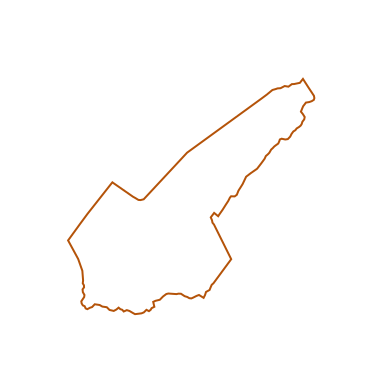 Angicos, Rio Grande do Norte, Brazil, rotated 306°
{"feature_id": "56859067B90087900248405", "entity_name": "Angicos", "entity_type": "district", "adm_level": 2, "iso_a3": "BRA", "parent_name": "Brazil", "parent_adm1": "Rio Grande do Norte", "projection": "orthographic", "projection_center": [-36.539, -5.642], "detail": "fine", "context": "isolated", "style": "outline", "palette": "amber", "viewbox_px": 384, "rotation_deg": 306, "n_neighbors": 0, "source": "geoboundaries", "source_scale": "gbopen_adm2", "svg_char_len": 1905}
<svg xmlns="http://www.w3.org/2000/svg" viewBox="0 0 384 384"><g transform="rotate(306 192 192)"><path d="M80.0,120.2L70.9,139.3L63.8,149.6L56.4,155.9L53.9,157.3L53.0,159.4L51.4,160.7L48.9,160.7L46.8,162.6L45.5,165.5L43.6,166.5L38.5,166.7L37.0,168.2L36.1,170.3L36.5,172.3L35.3,174.4L35.7,176.2L38.4,177.5L40.2,178.8L44.0,179.3L46.3,183.7L46.6,186.8L48.7,190.8L48.1,194.6L49.8,198.6L52.5,199.9L55.3,200.6L55.1,202.9L55.7,204.8L55.2,207.0L58.1,208.7L59.0,211.3L59.4,215.5L59.7,217.7L62.1,220.3L64.2,222.5L66.3,223.8L69.9,224.4L70.3,227.2L72.3,227.8L74.3,227.6L77.0,229.0L80.3,225.2L82.5,226.4L85.9,229.3L90.5,230.0L94.4,231.2L96.0,232.6L100.3,239.5L101.8,240.8L103.2,242.9L103.4,247.3L104.3,249.9L104.5,252.2L105.5,254.0L107.2,255.0L110.7,256.8L112.8,258.2L113.2,263.6L116.3,263.1L119.4,262.1L123.1,263.8L125.4,263.2L128.5,262.5L130.8,263.0L160.7,263.2L178.6,228.9L179.2,226.6L180.9,224.8L182.5,222.1L188.1,222.2L187.8,227.4L190.0,227.3L195.6,227.2L201.8,226.8L206.0,226.6L209.7,226.0L211.5,226.1L213.5,229.1L216.1,229.9L220.4,228.8L225.4,228.5L228.2,228.3L236.2,226.8L241.9,228.5L249.1,231.0L256.5,231.2L261.6,231.2L264.5,230.6L267.0,231.2L269.2,231.5L272.9,231.1L274.7,231.5L277.2,231.8L279.5,232.5L281.9,233.3L284.3,232.8L286.1,232.2L287.8,233.2L289.3,236.6L291.1,238.4L294.5,238.9L297.4,238.4L300.5,238.4L302.8,239.3L304.9,239.3L307.6,240.4L309.6,240.9L311.4,240.8L313.8,240.0L316.7,240.1L318.9,239.1L320.2,235.9L321.0,232.9L325.0,231.9L326.8,231.5L329.3,231.6L331.3,231.6L333.7,234.0L335.9,235.5L338.2,236.4L339.9,235.8L341.5,234.1L345.0,224.8L348.7,215.3L343.7,215.1L341.4,213.0L339.2,211.0L338.0,209.4L333.9,208.1L332.2,204.7L328.0,202.6L326.1,200.3L324.6,199.3L321.8,197.1L314.5,195.2L308.1,193.2L220.9,164.9L206.8,163.2L157.7,157.2L155.2,155.1L154.1,153.3L153.8,149.5L153.5,147.1L153.0,121.9L148.5,121.7L113.0,120.3L100.7,120.2L80.0,120.2Z" fill="none" stroke="#b45309" stroke-width="2"/></g></svg>